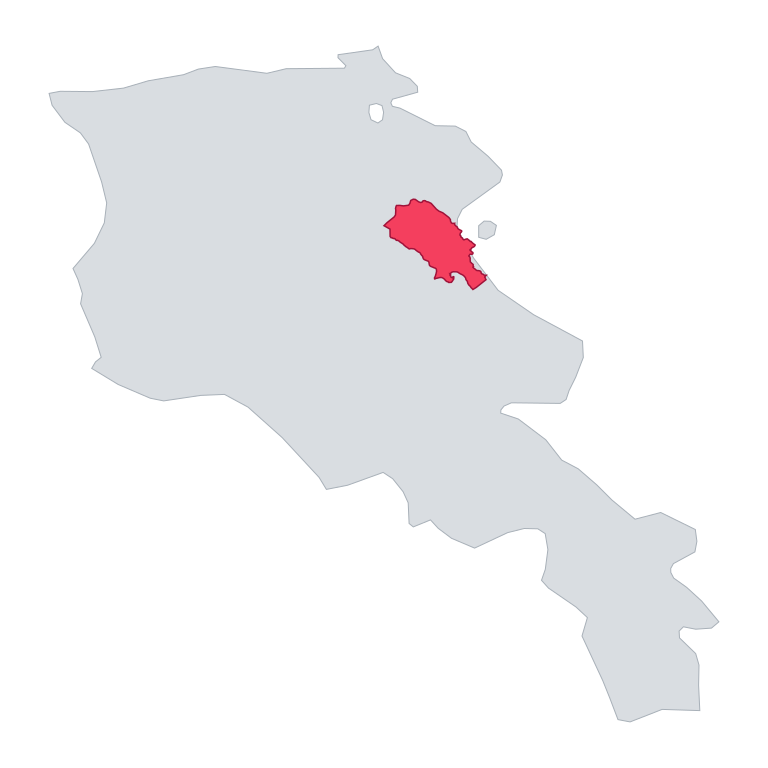 Karmir, Gegharkunik, Armenia (highlighted)
{"feature_id": "60910142B90177126374214", "entity_name": "Karmir", "entity_type": "district", "adm_level": 2, "iso_a3": "ARM", "parent_name": "Armenia", "parent_adm1": "Gegharkunik", "projection": "albers", "projection_center": [45.299, 40.582], "detail": "fine", "context": "in_parent", "style": "filled", "palette": "rose", "viewbox_px": 768, "rotation_deg": 0, "n_neighbors": 0, "source": "geoboundaries", "source_scale": "gbopen_adm2", "svg_char_len": 7359}
<svg xmlns="http://www.w3.org/2000/svg" viewBox="0 0 768 768"><path d="M326.4,489.4L319.1,477.4L282.2,437.6L248.0,407.1L224.5,394.4L200.7,395.4L163.7,400.9L150.2,398.2L118.2,384.5L91.7,368.4L95.5,361.9L101.2,357.3L94.8,336.9L80.6,303.8L82.4,293.6L77.9,279.3L73.0,268.5L94.4,243.3L104.3,222.9L106.7,202.9L101.6,181.9L88.6,144.0L80.4,132.9L64.9,122.3L52.1,105.3L49.1,93.4L60.2,91.3L92.4,91.6L123.6,88.1L148.2,80.8L183.6,74.7L198.3,69.1L215.3,66.5L266.9,73.3L286.2,68.7L344.4,68.2L345.9,65.7L338.0,57.7L338.1,54.7L372.7,49.8L378.1,46.1L382.6,58.7L395.5,72.8L409.7,78.5L417.3,86.3L417.7,92.2L392.5,99.2L390.8,102.8L392.4,106.3L399.9,108.1L435.2,125.7L455.3,126.1L465.9,131.5L471.2,142.0L488.1,156.3L501.5,170.2L502.4,175.0L499.9,182.0L462.2,209.3L457.5,218.7L456.9,228.6L473.6,258.1L498.1,290.3L533.6,314.7L582.5,341.0L583.3,357.5L575.7,377.2L569.1,390.5L566.1,399.5L560.2,403.4L511.4,402.8L504.1,406.0L500.9,409.9L500.7,413.1L518.3,419.0L545.8,439.8L561.7,460.1L578.2,468.8L596.8,484.9L611.8,499.9L635.0,519.2L660.7,512.5L695.3,529.5L696.9,541.3L694.9,551.9L673.4,563.6L670.7,568.5L670.8,572.5L673.7,578.1L686.6,587.3L701.7,601.1L718.9,621.8L711.5,628.1L695.7,629.2L683.4,626.8L679.1,631.1L679.5,637.9L695.7,653.6L699.0,665.1L698.6,685.2L699.8,710.6L662.1,709.4L630.1,721.9L618.0,719.6L609.8,698.1L602.8,680.7L582.0,636.0L587.4,617.6L576.0,607.0L548.5,588.1L541.5,580.3L545.3,569.4L547.9,549.6L545.2,533.6L537.8,528.8L524.2,528.5L507.7,532.6L474.6,548.1L451.5,538.3L438.2,528.3L430.5,519.9L413.3,526.9L409.1,523.5L408.2,502.8L403.1,491.7L392.7,478.7L383.1,472.4L347.7,485.2L326.4,489.4ZM382.5,119.8L383.6,112.3L382.0,105.6L376.4,103.5L369.4,105.2L368.9,112.6L371.0,119.7L377.9,123.0L382.5,119.8ZM494.3,234.7L486.2,239.3L478.7,237.3L478.7,225.7L484.1,221.1L490.4,221.3L496.4,225.4L494.3,234.7Z" fill="#d9dde1" stroke="#a8b0b8" stroke-width="1"/><path d="M390.1,236.4L390.3,236.7L390.5,237.0L390.8,237.4L391.0,237.7L391.3,237.8L391.6,237.8L391.9,237.8L392.1,237.8L392.4,238.0L392.6,238.1L392.9,238.3L393.0,238.4L393.3,238.5L393.6,238.5L394.1,238.5L394.6,238.6L394.8,238.7L395.1,238.9L395.2,239.1L395.6,239.6L395.8,239.8L396.1,240.0L396.4,240.3L396.8,240.4L397.2,240.4L397.6,240.3L397.8,240.4L398.0,240.5L398.5,240.8L399.1,241.1L399.3,241.3L399.6,241.7L399.9,241.9L400.7,242.5L401.7,243.1L402.0,243.3L402.4,243.6L402.7,243.7L402.9,243.9L403.0,244.0L403.4,244.4L403.6,244.6L403.7,244.8L404.0,245.0L404.2,245.3L404.7,245.7L405.0,245.9L405.5,246.4L405.9,246.7L406.2,246.9L406.6,247.1L407.0,247.3L407.2,247.5L407.7,247.9L408.1,248.1L408.7,248.6L408.9,248.8L409.1,248.9L409.5,248.9L409.8,248.9L410.0,248.8L410.2,248.7L410.3,248.6L410.7,248.6L411.5,248.6L412.5,248.7L412.9,248.7L413.4,248.8L413.6,248.8L413.9,248.9L414.3,249.0L414.5,249.1L414.9,249.3L415.1,249.5L415.3,249.6L415.9,250.2L416.3,250.5L416.7,250.8L417.2,251.2L417.5,251.4L417.8,251.5L418.3,252.0L418.5,252.1L419.3,252.3L419.5,252.4L419.8,252.7L420.4,253.3L420.5,253.6L420.6,253.8L420.6,254.0L420.9,254.3L421.4,255.0L421.6,255.3L422.0,255.7L422.2,255.9L422.4,256.0L422.5,256.2L422.6,256.4L422.7,256.5L422.7,256.9L422.8,257.2L423.0,257.8L423.1,258.1L423.3,258.5L423.5,258.9L423.8,259.2L424.0,259.4L424.3,259.6L424.7,259.8L426.4,260.5L426.9,260.7L428.0,261.1L428.5,261.5L428.7,261.8L429.0,262.5L429.1,263.4L429.1,263.9L429.3,264.4L429.4,264.8L429.4,265.1L429.5,265.3L429.6,265.5L429.8,265.7L430.0,265.8L430.3,266.1L430.7,266.4L431.3,266.6L431.8,266.8L432.2,267.0L432.8,267.2L433.5,267.5L434.1,267.8L434.3,267.9L434.9,268.0L435.0,268.1L435.6,268.3L436.0,268.7L436.1,268.8L436.2,269.1L436.4,269.5L436.5,269.9L436.5,270.4L436.5,270.8L436.6,271.3L436.5,271.6L436.3,272.6L436.1,273.6L435.7,274.8L435.6,275.2L435.5,275.6L435.3,276.2L434.9,277.0L434.7,277.6L434.5,277.8L434.4,278.0L434.5,278.3L434.7,278.6L434.7,278.9L434.8,278.9L435.0,278.9L436.0,278.4L437.1,278.2L437.8,278.0L439.1,277.7L440.0,277.5L440.5,277.5L441.1,277.5L441.3,277.5L441.9,277.6L442.3,277.7L442.5,277.8L443.5,278.5L444.0,278.8L444.3,279.1L444.6,279.3L445.0,279.8L445.2,280.2L445.9,280.8L446.4,281.3L446.8,281.5L447.2,281.7L448.1,281.9L448.4,282.1L448.5,282.3L448.8,282.5L449.1,282.5L449.8,282.4L450.9,282.4L451.1,282.4L451.4,282.3L451.5,282.2L451.9,281.6L452.1,281.5L452.3,281.2L452.5,280.9L452.8,280.4L453.0,280.1L453.3,279.6L453.5,279.5L453.6,279.3L453.7,279.0L453.7,278.7L453.8,277.9L453.8,277.2L453.8,276.8L453.7,276.7L453.3,276.6L453.1,276.6L452.9,276.9L452.9,277.0L452.8,277.4L452.9,277.6L452.9,277.8L452.6,277.9L452.2,277.6L451.5,277.4L451.4,277.4L450.9,277.0L450.9,276.9L450.8,276.7L450.8,276.4L450.8,276.2L450.7,276.1L450.5,275.9L450.4,275.8L450.1,275.4L450.0,275.1L450.0,274.9L450.0,274.7L450.6,274.7L450.6,274.2L450.3,273.7L450.2,273.6L450.3,273.6L450.4,273.4L450.8,273.1L451.3,272.6L451.8,272.2L452.1,272.1L452.4,272.0L453.1,271.8L453.6,271.7L454.0,271.8L455.9,271.8L456.8,271.9L457.3,272.0L457.6,272.1L457.8,272.2L458.8,272.9L459.4,273.3L460.6,274.0L461.6,274.4L462.9,275.1L463.4,275.5L464.0,276.0L464.9,277.0L465.4,277.7L465.6,278.0L465.7,278.4L465.8,279.1L466.0,279.5L466.2,279.9L466.5,280.4L466.7,280.5L467.0,280.9L467.3,281.4L467.4,281.6L467.5,282.0L467.6,282.5L467.7,282.9L467.8,283.3L468.1,283.8L468.3,284.2L468.9,285.0L469.0,285.2L469.2,285.4L469.6,285.7L470.0,286.1L470.4,286.5L470.6,286.9L471.0,287.5L471.3,287.9L471.8,288.3L472.3,288.8L472.9,289.5L476.3,287.4L486.0,279.7L485.6,279.2L485.5,278.6L485.4,278.1L485.2,277.8L485.0,277.4L484.7,277.2L484.8,276.7L485.3,276.2L485.8,275.8L486.3,275.3L484.7,275.2L484.2,275.1L483.8,274.8L483.6,274.6L482.9,274.1L482.2,274.0L481.8,273.8L481.6,273.5L481.4,273.1L481.1,273.0L481.0,272.0L480.8,271.5L480.3,271.1L479.5,270.8L477.9,270.5L477.3,270.6L476.6,270.4L476.1,270.0L474.9,268.9L474.1,268.4L473.5,267.8L473.0,267.4L473.1,267.0L473.5,266.6L473.3,266.4L473.1,266.1L473.1,265.5L473.3,264.9L472.9,264.2L472.5,263.9L471.7,263.3L471.0,262.5L470.4,262.0L470.3,261.6L470.2,260.4L470.1,259.1L470.2,258.3L470.0,257.5L469.8,256.9L469.0,256.3L468.8,255.9L469.4,255.2L469.7,254.6L470.0,254.3L470.5,254.2L471.1,254.2L472.0,254.3L472.4,254.1L472.8,253.8L473.0,253.2L472.9,252.6L472.6,252.3L471.6,251.7L471.4,251.3L471.1,250.9L470.2,250.5L470.0,249.8L470.4,249.3L471.1,249.1L471.4,248.7L471.7,248.1L472.0,247.7L472.4,247.4L473.0,247.2L473.4,247.1L473.9,246.8L474.4,246.3L474.9,245.7L475.1,245.2L475.0,244.7L474.6,244.5L473.6,243.8L473.0,243.3L472.4,242.8L471.7,242.1L471.2,241.5L470.5,241.5L470.1,241.4L469.8,240.8L469.5,240.4L469.0,240.3L468.5,239.9L468.0,239.4L467.4,238.9L467.1,238.9L466.7,238.9L466.5,239.1L466.1,239.2L465.6,239.2L465.3,239.2L464.9,239.5L464.1,239.8L463.5,239.7L463.0,239.3L462.8,238.6L462.5,238.1L461.4,237.4L460.9,236.9L460.7,236.2L460.6,235.7L460.0,235.2L459.9,234.5L460.1,233.9L460.5,232.9L461.1,232.3L461.5,231.8L461.7,231.4L461.7,230.9L461.4,230.6L460.1,230.0L459.0,229.4L458.0,228.7L457.6,228.0L457.4,227.2L457.1,226.9L456.7,226.6L456.1,226.3L455.4,225.3L454.8,225.0L454.6,224.5L454.5,223.8L454.7,223.3L452.4,223.4L451.4,222.9L450.5,221.1L450.4,219.5L448.9,217.5L442.8,212.8L438.9,211.1L436.4,209.2L431.2,203.4L428.4,202.0L426.4,201.6L425.4,200.8L424.3,200.6L423.1,200.8L422.0,202.2L420.6,202.5L418.6,201.8L415.3,199.4L413.2,199.2L410.7,200.5L409.9,203.4L408.6,205.2L403.5,205.9L399.9,205.4L396.5,205.5L396.1,206.2L395.5,208.6L395.8,209.9L395.5,215.0L394.1,217.0L387.0,222.7L384.0,225.7L390.0,229.1L390.1,236.4Z" fill="#f43f5e" stroke="#9f1239" stroke-width="1.5"/></svg>